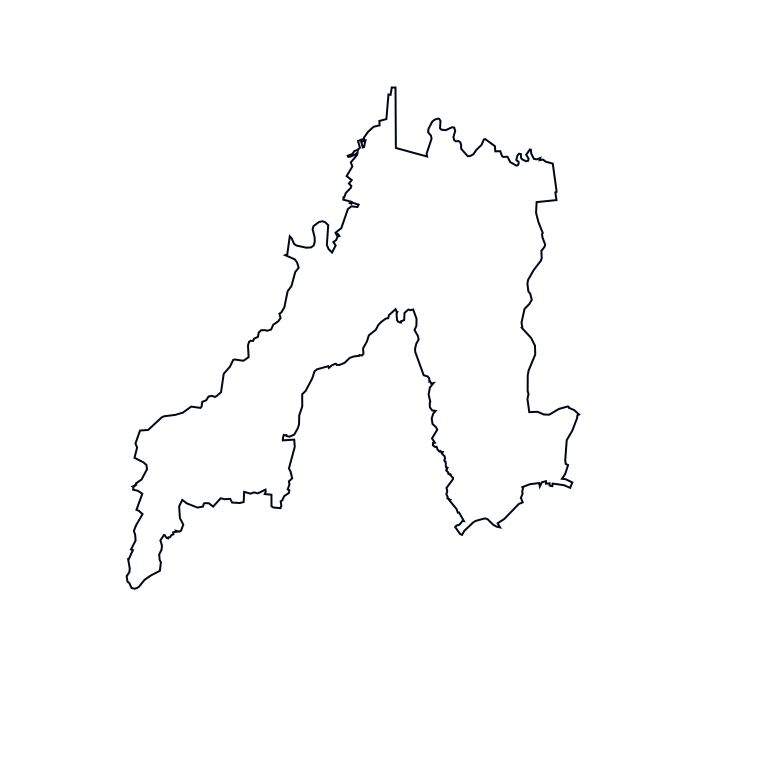 outline of DEJ, Cluj, Romania, rotated 291°
{"feature_id": "2599482B75770184766435", "entity_name": "DEJ", "entity_type": "district", "adm_level": 2, "iso_a3": "ROU", "parent_name": "Romania", "parent_adm1": "Cluj", "projection": "robinson", "projection_center": [23.804, 47.127], "detail": "fine", "context": "isolated", "style": "outline", "palette": "ink", "viewbox_px": 768, "rotation_deg": 291, "n_neighbors": 0, "source": "geoboundaries", "source_scale": "gbopen_adm2", "svg_char_len": 6166}
<svg xmlns="http://www.w3.org/2000/svg" viewBox="0 0 768 768"><g transform="rotate(291 384 384)"><path d="M359.6,595.1L360.2,587.9L359.3,584.1L364.9,585.4L374.3,584.9L374.5,582.3L377.8,580.5L397.1,574.7L407.9,576.5L421.1,576.5L424.1,575.8L425.4,577.0L427.8,571.0L428.0,565.2L428.9,564.6L428.8,563.5L423.4,556.2L414.6,549.3L412.8,544.1L413.1,537.4L409.8,529.7L421.4,523.3L426.4,522.5L429.0,520.6L443.3,515.2L448.2,514.2L465.8,514.6L473.9,511.2L479.8,504.7L486.0,492.2L487.0,492.6L490.5,490.4L504.4,488.3L510.8,491.0L515.5,491.8L520.7,488.2L522.2,485.6L529.1,481.9L533.0,481.2L544.3,483.0L555.5,486.3L558.1,486.1L564.7,483.2L569.5,484.7L571.9,484.5L577.9,479.2L580.6,477.8L581.9,478.1L590.2,470.4L598.3,464.6L608.5,461.3L617.5,479.1L624.3,475.3L625.3,476.3L650.2,462.6L649.5,455.2L650.5,452.1L648.7,449.1L651.0,448.9L648.5,446.2L647.9,443.3L651.8,439.0L655.3,437.2L655.3,436.2L649.0,434.6L646.2,438.2L644.1,438.6L642.9,436.9L643.2,432.7L644.1,431.0L647.7,429.4L647.4,427.6L645.2,426.7L641.1,427.1L640.3,427.5L639.8,429.9L638.2,430.7L636.4,430.6L635.3,429.4L636.4,422.3L640.4,417.9L638.8,414.1L638.9,412.7L643.0,409.1L641.1,404.5L645.8,402.3L648.9,390.7L648.1,389.6L642.2,389.4L635.9,386.4L630.5,385.1L627.5,382.5L626.7,380.5L631.2,371.8L635.3,370.1L637.1,368.4L637.5,366.4L636.2,363.9L636.9,362.1L639.4,360.3L645.7,359.8L648.5,357.7L648.1,355.5L643.1,350.7L642.0,346.5L642.9,344.6L649.8,342.5L651.2,340.7L651.1,339.3L649.1,336.7L646.2,335.0L638.3,334.1L634.9,334.9L632.7,338.8L630.0,340.5L614.5,341.2L611.8,342.7L608.6,310.5L664.9,288.5L663.6,285.0L656.3,286.5L655.9,284.4L632.2,291.3L627.9,285.4L623.9,287.2L620.4,282.1L613.6,278.7L606.8,277.0L605.7,277.5L603.8,275.2L602.0,276.4L604.8,279.4L598.0,280.4L597.2,279.4L603.6,274.8L601.5,272.7L595.9,276.9L592.9,275.3L590.9,272.9L587.4,272.0L584.1,268.4L583.2,269.4L584.5,271.5L588.3,275.2L590.6,276.3L588.3,276.8L579.0,273.6L575.8,276.5L564.7,274.6L562.8,280.8L558.6,279.4L557.1,282.6L555.2,282.7L548.7,279.9L544.1,280.0L543.9,279.3L541.5,280.0L542.4,287.9L540.7,287.2L540.6,289.0L541.9,289.0L542.4,296.0L539.7,295.8L538.2,289.9L534.4,287.6L514.2,288.3L507.9,284.5L506.2,286.3L507.6,287.0L506.2,289.3L504.9,287.9L501.2,287.7L498.4,285.9L496.0,289.2L488.1,288.4L490.1,283.9L493.4,280.8L512.3,275.0L514.0,271.1L513.9,268.3L512.0,265.3L506.1,261.6L502.9,261.9L496.2,266.6L492.0,268.4L488.1,268.7L485.4,267.0L483.4,262.6L481.9,252.6L482.6,249.8L487.0,245.4L488.1,243.1L470.5,247.2L468.9,245.6L468.4,256.0L466.5,259.1L461.9,262.7L456.8,261.0L442.2,262.5L436.1,260.8L419.8,263.5L414.1,262.5L412.1,261.2L408.5,263.8L404.6,262.8L399.7,259.4L394.4,259.1L391.8,255.8L391.7,253.7L390.1,250.0L387.2,248.6L382.8,249.4L379.8,246.5L377.3,246.3L376.6,244.1L375.1,242.9L371.3,243.2L360.5,248.0L355.3,244.4L353.4,235.9L352.4,234.6L345.0,234.0L336.1,230.7L317.9,234.8L313.0,232.2L311.3,230.8L311.3,227.7L309.5,224.7L305.2,223.9L302.1,220.7L297.6,221.8L295.9,221.2L293.8,212.1L285.2,206.5L280.3,200.1L275.1,190.3L273.1,188.4L256.6,180.3L253.1,172.9L239.4,173.3L236.2,176.3L225.7,177.5L224.6,187.5L223.3,191.2L219.6,193.3L208.0,191.9L202.4,188.1L201.3,188.8L200.7,187.9L199.9,188.2L198.2,186.0L197.8,187.2L195.4,187.6L196.1,192.4L194.9,197.7L177.8,198.0L177.8,200.5L176.0,205.2L163.4,203.2L157.3,203.1L153.9,205.8L148.8,208.2L138.9,207.1L138.9,209.1L129.0,208.5L128.8,207.9L120.6,212.8L117.0,213.7L112.4,212.6L107.6,215.3L106.9,217.6L103.1,221.4L103.5,224.5L104.8,226.3L106.9,227.9L115.5,230.7L122.0,235.2L129.3,241.7L137.6,239.6L139.4,237.6L144.3,235.2L149.7,235.7L153.6,234.6L157.8,231.3L164.0,232.6L164.4,233.3L162.5,236.0L162.5,237.8L163.6,237.7L164.2,239.1L166.8,239.7L168.2,241.3L170.0,240.3L171.7,243.2L172.4,242.4L172.8,245.9L174.5,247.1L180.8,247.0L185.7,241.5L196.4,236.6L203.5,237.2L201.9,242.6L201.8,254.1L204.6,258.9L207.8,258.7L208.7,259.7L209.9,263.3L208.3,268.4L218.8,272.5L219.3,276.4L221.6,281.6L218.9,284.7L221.2,292.0L223.5,295.3L233.2,292.1L233.8,298.8L236.2,301.4L236.7,305.4L242.9,311.2L241.0,312.2L238.5,312.1L240.3,318.6L229.5,322.8L229.1,325.1L231.2,332.7L231.2,331.7L233.3,331.9L237.4,329.6L238.9,330.7L243.5,331.0L248.3,334.3L250.9,333.7L251.1,331.9L256.5,331.7L259.0,330.1L263.1,332.1L268.8,328.1L271.0,325.5L293.4,323.2L299.9,320.1L295.1,309.7L297.9,308.9L300.5,308.7L300.8,311.1L302.0,310.6L300.5,311.9L300.9,314.5L304.5,318.3L311.7,319.4L316.0,319.1L324.3,316.1L333.8,315.7L345.1,311.3L349.4,313.3L363.4,315.0L371.0,314.6L373.8,316.3L380.6,325.5L379.3,326.8L382.6,328.5L385.2,331.0L385.6,331.9L384.9,333.1L385.9,335.7L389.6,339.6L396.1,342.7L398.8,345.8L401.5,350.8L402.2,350.8L402.7,353.2L404.8,354.0L409.8,351.7L417.5,352.8L424.0,352.4L431.6,356.9L437.0,357.5L441.3,359.4L445.8,362.3L447.0,364.4L450.0,363.9L458.0,368.0L456.0,369.8L456.1,370.6L454.0,370.6L448.4,373.2L447.3,374.8L447.2,377.2L447.5,377.9L448.6,377.4L450.9,379.9L457.7,377.7L462.3,380.1L462.3,382.1L464.0,384.5L456.6,391.0L449.9,393.4L445.4,393.1L440.9,398.5L437.9,400.4L433.3,399.7L427.8,400.4L425.1,401.7L406.4,417.9L406.7,422.1L405.4,424.3L402.4,425.5L402.9,426.3L401.4,427.9L402.6,429.9L397.2,428.1L390.0,429.5L384.0,433.6L382.5,433.5L378.6,435.3L376.6,438.4L377.4,441.9L374.1,440.6L368.9,440.9L364.1,443.6L362.4,447.9L360.5,450.1L350.4,448.3L347.4,452.5L346.6,450.9L344.3,451.6L343.5,454.5L344.3,455.6L341.9,457.6L340.8,460.0L341.7,460.7L341.0,461.7L341.5,463.2L339.8,462.9L338.3,466.4L336.1,467.8L335.0,467.5L333.6,468.3L333.5,469.4L328.8,471.5L328.6,472.8L327.8,472.8L328.1,473.3L325.5,473.2L324.4,475.8L323.3,476.1L322.9,478.0L323.5,478.4L321.8,480.2L321.3,482.0L319.8,482.5L309.4,479.6L306.5,481.5L303.5,481.7L301.2,484.1L300.1,484.1L299.7,487.0L299.1,486.3L293.3,496.5L290.3,499.1L290.9,500.2L284.6,507.8L284.1,506.3L279.6,504.8L277.9,502.5L276.0,501.7L271.2,508.8L271.1,510.9L275.7,511.6L286.8,516.9L289.0,518.6L293.9,525.2L294.9,527.1L294.8,529.4L291.7,536.4L291.2,540.3L291.7,543.7L294.7,540.0L301.0,544.6L320.4,552.9L323.2,555.9L326.8,552.6L331.3,552.7L332.9,551.6L336.7,551.1L337.3,550.1L342.8,556.2L347.1,564.3L344.1,566.2L348.8,566.6L351.3,570.0L349.0,571.0L350.6,574.2L348.6,574.9L348.6,576.0L349.0,577.8L351.4,577.1L351.7,578.0L354.0,588.2L353.8,595.0L359.6,595.1Z" fill="none" stroke="#020617" stroke-width="2"/></g></svg>